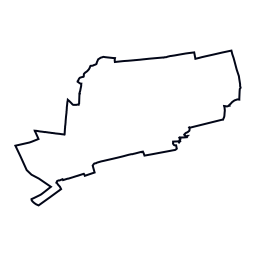 Coteana, Olt, Romania
{"feature_id": "2599482B13095834850440", "entity_name": "Coteana", "entity_type": "district", "adm_level": 2, "iso_a3": "ROU", "parent_name": "Romania", "parent_adm1": "Olt", "projection": "robinson", "projection_center": [24.45, 44.293], "detail": "fine", "context": "isolated", "style": "outline", "palette": "ink", "viewbox_px": 256, "rotation_deg": 0, "n_neighbors": 0, "source": "geoboundaries", "source_scale": "gbopen_adm2", "svg_char_len": 5340}
<svg xmlns="http://www.w3.org/2000/svg" viewBox="0 0 256 256"><path d="M49.9,197.3L61.1,189.1L60.6,188.1L60.1,187.1L59.9,186.7L57.9,184.5L57.7,184.2L57.3,183.5L57.2,183.3L56.9,183.0L56.6,182.8L56.4,182.7L56.6,182.3L56.8,181.9L56.9,181.5L57.0,181.2L58.3,180.5L58.8,180.4L59.3,180.5L59.9,180.3L62.5,179.2L62.6,179.3L62.8,179.4L63.1,180.1L67.6,178.7L68.5,178.6L83.8,173.8L84.1,174.2L84.4,174.8L84.8,175.8L94.6,172.5L92.7,165.6L92.9,165.4L93.1,165.0L93.5,164.4L94.0,163.8L94.2,163.6L94.5,163.5L94.8,163.4L95.4,163.3L95.8,163.2L96.1,163.2L96.4,163.0L96.9,162.7L97.1,162.6L98.5,162.2L99.5,161.9L101.2,161.4L104.0,160.8L104.8,160.6L113.1,158.7L117.8,157.6L123.1,156.3L128.6,154.8L130.0,154.5L131.2,154.2L131.9,154.2L132.3,154.2L133.7,153.8L135.1,153.5L141.2,151.9L141.3,151.9L141.4,152.1L141.6,152.2L141.9,152.1L142.0,152.0L142.1,151.8L142.9,151.6L143.5,152.9L144.0,154.2L144.5,155.6L152.3,154.2L161.9,152.4L170.5,150.8L171.5,150.6L173.0,150.3L174.9,150.0L175.2,149.9L175.4,149.8L176.6,148.9L176.8,148.6L176.7,148.3L176.6,147.7L176.1,145.3L175.2,145.3L174.6,145.3L174.0,145.0L173.4,144.3L173.2,143.8L173.0,143.3L173.1,142.9L173.1,141.6L177.8,141.4L178.2,141.3L178.5,141.7L179.1,142.5L179.2,142.4L179.4,142.0L179.7,141.5L179.7,141.4L180.2,141.3L180.3,141.2L180.2,141.0L180.0,140.8L179.9,140.6L179.7,140.2L179.8,139.8L179.9,139.7L180.1,139.6L180.2,139.4L179.8,139.2L179.7,139.1L179.7,138.8L179.9,138.7L180.1,138.8L180.2,138.7L180.4,138.7L180.4,138.4L180.2,138.3L179.9,138.2L179.7,138.1L179.5,137.9L179.3,137.7L179.5,137.5L179.9,137.5L180.0,137.5L180.0,137.4L181.6,137.5L184.7,137.4L186.6,137.2L186.3,136.7L186.7,136.5L187.5,136.0L187.6,135.9L187.3,135.9L186.6,136.3L186.3,136.5L186.1,136.6L185.4,135.9L184.6,135.0L184.2,134.7L184.3,134.5L184.5,134.3L184.7,134.1L185.0,133.8L185.2,133.6L185.4,133.3L185.7,133.1L186.3,132.7L186.7,132.6L187.1,132.4L187.7,132.1L188.2,131.7L188.6,131.3L189.1,131.0L189.3,130.8L189.5,130.2L189.6,129.1L189.6,128.6L189.5,128.2L189.1,127.5L189.5,127.3L189.9,127.7L221.7,119.8L222.5,119.7L223.0,119.7L223.1,119.4L224.1,117.1L224.3,116.3L224.4,115.6L224.6,112.8L224.7,111.7L224.8,111.0L224.8,110.6L224.8,110.0L224.7,109.3L224.6,108.1L224.5,107.3L224.2,106.5L224.1,106.0L224.9,106.1L226.5,106.4L227.0,106.4L227.6,106.3L228.1,106.1L228.7,105.9L229.5,105.7L229.3,105.3L229.1,105.2L229.8,104.5L229.9,104.4L230.1,104.3L230.3,104.1L230.6,103.8L231.7,102.6L232.0,102.2L232.3,102.0L233.1,101.4L233.9,100.8L234.6,100.4L235.0,100.2L235.4,100.1L236.8,99.6L237.3,99.4L237.6,99.4L239.3,99.6L239.3,98.6L239.6,91.5L239.7,90.2L239.8,89.0L240.0,88.6L240.6,87.8L240.6,87.7L240.4,86.9L240.1,86.2L240.1,84.2L239.2,78.5L238.9,76.2L236.7,69.6L234.5,61.3L233.6,58.0L232.3,54.2L231.4,50.6L222.4,52.5L213.7,54.5L205.6,56.3L201.7,57.2L199.1,57.9L195.4,58.8L194.2,52.4L188.7,53.1L185.7,53.5L179.3,54.6L174.9,55.4L170.9,56.0L170.5,56.0L170.0,56.1L168.4,56.5L167.5,56.7L166.8,57.0L166.1,57.2L165.8,57.2L164.2,57.3L163.8,57.6L163.6,57.6L163.0,57.5L159.6,57.8L157.3,58.0L149.4,58.7L145.6,59.1L142.7,59.4L140.1,59.7L135.6,60.1L135.0,60.1L134.6,60.2L132.4,60.4L127.7,60.8L124.4,61.0L123.2,61.1L121.3,61.3L114.9,62.0L114.7,60.3L114.7,59.9L114.7,59.6L115.0,58.1L113.0,58.0L105.5,57.2L103.6,56.9L103.2,56.9L102.4,57.2L102.2,57.3L101.3,57.5L100.7,57.7L100.2,58.0L99.5,58.5L98.7,59.0L98.3,59.2L98.2,59.4L98.1,59.5L97.7,60.4L97.6,60.7L97.0,62.0L96.8,62.5L96.7,63.1L96.6,63.3L96.6,63.6L96.5,63.8L96.4,64.0L96.2,64.2L95.9,64.3L95.7,64.4L95.4,64.5L94.9,64.8L94.5,64.9L93.8,65.1L93.6,65.3L92.8,65.6L92.5,65.7L91.4,65.8L90.7,65.8L90.4,66.0L90.3,66.3L89.5,68.2L89.1,68.9L88.9,69.3L87.8,70.5L87.3,71.1L86.5,71.7L86.4,71.8L85.8,72.2L85.3,72.5L84.9,72.9L84.2,73.6L83.9,74.0L83.9,74.3L83.8,74.9L83.8,76.0L83.7,76.4L83.6,76.7L83.5,76.8L83.3,76.8L82.3,77.0L80.2,77.6L79.7,77.9L79.3,78.4L79.0,78.8L78.8,79.1L78.5,79.8L78.4,80.0L78.3,80.4L78.2,80.6L77.7,81.1L77.6,81.3L77.6,81.7L77.8,81.8L78.0,82.0L78.6,82.4L79.7,83.2L80.1,83.4L80.3,83.5L80.8,83.7L81.3,83.7L81.2,84.4L81.2,85.5L81.1,86.3L80.9,87.3L80.7,88.2L80.1,91.2L79.9,91.6L79.4,93.6L79.8,93.7L79.4,95.2L79.1,103.6L78.7,104.2L78.6,104.7L77.9,104.5L77.5,104.6L76.9,104.7L76.3,104.9L75.5,104.9L74.4,104.9L73.7,104.9L73.1,104.8L72.5,104.4L72.3,104.2L71.6,103.4L70.2,102.0L69.2,101.0L68.7,100.6L67.8,99.8L67.7,100.8L67.4,101.9L67.1,104.9L66.8,107.5L66.8,108.2L66.8,108.6L66.7,109.3L66.7,109.7L66.7,110.2L66.6,110.9L66.6,111.0L66.5,111.4L66.5,112.5L66.4,113.4L66.1,115.9L66.0,116.8L65.8,119.2L65.6,121.4L65.6,122.2L65.5,123.1L65.4,124.4L65.2,125.9L65.1,126.2L65.1,126.5L65.1,127.0L65.1,127.5L65.0,128.2L64.9,129.4L64.9,129.7L64.7,132.5L64.7,132.9L64.6,134.0L64.6,134.4L64.5,134.6L64.4,134.6L64.2,134.5L63.5,134.4L62.6,134.3L61.9,134.2L61.5,134.2L61.1,134.1L59.9,133.9L55.0,133.4L54.3,133.2L53.7,133.2L52.8,133.0L51.9,133.0L51.0,132.8L50.8,132.8L50.1,132.7L48.7,132.5L48.4,132.5L47.9,132.4L45.7,132.1L45.2,132.0L44.8,132.1L44.3,132.0L41.5,131.6L41.1,131.6L40.4,131.5L39.0,131.3L38.2,131.1L37.9,131.1L36.9,130.9L34.7,130.7L34.8,131.1L35.4,132.1L35.6,132.5L36.8,135.2L37.4,136.5L37.8,137.4L38.5,139.0L36.0,140.0L32.0,141.6L29.5,142.5L15.4,145.7L20.4,156.2L26.7,170.1L31.5,174.7L38.9,178.6L50.9,186.8L42.5,193.4L41.0,194.5L39.9,195.1L33.6,198.2L31.5,199.1L31.5,199.5L31.6,200.0L31.8,200.5L32.5,201.4L33.2,202.1L33.9,202.7L34.5,203.2L36.1,204.3L37.9,205.1L38.6,205.4L49.9,197.3Z" fill="none" stroke="#020617" stroke-width="2"/></svg>